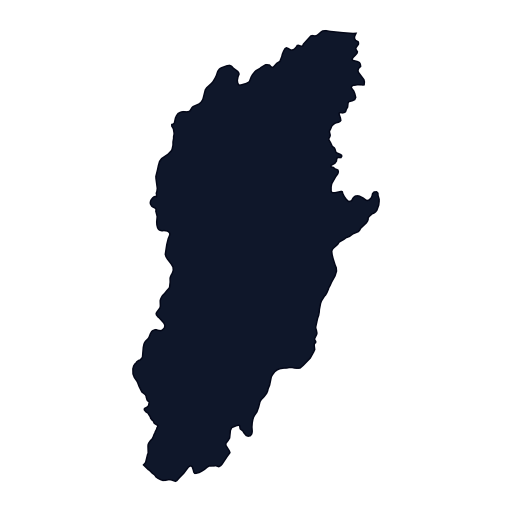 outline of Tomé-Açu, Pará, Brazil
{"feature_id": "56859067B82195789600359", "entity_name": "Tomé-Açu", "entity_type": "district", "adm_level": 2, "iso_a3": "BRA", "parent_name": "Brazil", "parent_adm1": "Pará", "projection": "orthographic", "projection_center": [-48.263, -2.66], "detail": "fine", "context": "isolated", "style": "filled", "palette": "ink", "viewbox_px": 512, "rotation_deg": 0, "n_neighbors": 0, "source": "geoboundaries", "source_scale": "gbopen_adm2", "svg_char_len": 6023}
<svg xmlns="http://www.w3.org/2000/svg" viewBox="0 0 512 512"><path d="M157.2,216.5L156.7,221.9L156.9,224.9L157.6,227.7L158.4,229.1L159.4,230.0L160.8,230.5L162.1,230.8L163.9,230.5L167.3,231.0L168.7,231.9L169.6,233.0L169.9,234.1L169.6,235.4L168.2,238.8L166.8,244.5L165.3,254.3L166.0,256.6L167.5,259.1L171.2,263.9L173.0,267.0L173.3,270.1L172.7,272.2L172.0,273.8L171.1,275.3L170.3,277.3L170.1,278.4L170.2,282.1L169.6,287.1L169.1,288.2L167.0,290.5L164.6,293.5L162.5,295.6L161.5,297.3L160.6,299.2L160.2,300.7L160.4,306.2L159.9,308.0L156.8,312.2L156.2,313.4L156.4,314.8L158.2,317.1L159.2,317.8L163.7,322.8L164.6,324.5L164.9,325.9L164.3,328.1L162.2,330.2L160.5,330.7L157.7,330.3L156.6,329.8L155.2,329.7L152.7,330.7L151.7,331.5L150.4,333.8L149.0,337.4L148.2,338.6L145.5,341.3L144.6,342.7L144.0,344.1L143.3,347.4L142.5,357.0L141.9,358.1L140.0,360.1L138.7,360.4L136.7,361.9L136.1,363.0L135.0,363.9L133.7,365.9L132.9,368.8L133.0,373.9L134.4,377.5L136.9,381.1L137.6,382.4L139.1,386.4L141.5,391.2L142.2,392.3L143.2,392.9L145.4,394.7L146.1,396.1L146.3,397.3L147.1,400.0L147.8,400.9L148.9,401.6L149.3,402.9L148.8,404.0L148.7,405.3L148.0,406.3L146.8,407.3L144.5,408.5L144.3,409.8L145.9,411.8L148.1,413.2L148.7,414.4L150.3,416.8L150.6,418.1L152.1,420.1L153.1,420.7L154.3,423.3L157.8,425.5L157.7,426.7L157.0,427.7L156.6,429.3L155.3,431.7L154.9,433.1L154.1,434.4L153.3,436.7L152.2,438.9L150.5,440.6L148.7,443.2L148.1,444.8L148.0,446.1L148.2,453.2L147.6,454.4L145.7,462.2L145.1,463.2L143.5,464.9L148.4,469.7L149.4,470.2L152.2,473.1L154.4,474.7L155.2,475.6L155.9,476.8L158.0,478.3L160.8,479.7L162.8,480.4L165.4,480.3L168.8,479.6L171.1,479.8L175.5,481.3L176.8,480.6L179.2,477.9L183.7,473.3L188.5,466.9L190.5,465.8L192.1,466.5L193.3,470.0L193.8,472.1L194.7,473.3L196.0,473.3L199.2,472.5L201.8,471.1L204.5,469.4L207.1,467.2L209.1,466.0L214.1,465.9L215.6,465.6L218.8,466.7L220.7,465.6L222.0,464.2L227.1,456.5L229.9,452.7L229.4,451.1L225.8,445.3L225.9,443.3L228.0,440.6L229.6,438.0L230.4,430.4L231.7,427.6L236.3,425.7L238.9,425.1L239.7,426.0L240.2,428.8L242.9,431.0L244.0,432.9L246.2,435.5L248.2,436.2L250.3,435.7L251.6,434.1L252.0,432.9L252.2,431.2L251.9,427.0L252.2,422.8L252.8,419.6L253.5,417.2L254.6,415.2L256.9,411.9L258.6,407.1L260.0,401.6L261.3,399.5L264.1,396.6L266.6,393.3L267.6,391.0L268.1,388.8L269.6,385.1L271.3,376.8L272.4,374.8L274.8,371.6L277.3,369.8L279.9,368.7L283.6,368.1L286.8,368.0L289.1,367.5L292.2,367.5L294.4,368.0L296.6,368.2L298.4,368.2L300.1,368.0L303.2,365.3L310.2,358.1L313.7,351.8L314.7,349.5L314.2,345.5L314.4,343.5L315.6,342.7L315.7,341.4L314.7,339.9L314.6,338.6L316.6,334.5L316.9,333.1L316.4,330.4L315.7,328.1L315.7,326.9L317.6,318.2L318.6,315.4L319.2,312.1L319.4,309.4L320.6,303.2L321.5,300.8L324.5,296.0L325.4,295.2L326.9,292.6L328.4,289.1L328.7,287.9L330.1,285.4L331.6,282.0L335.0,275.9L336.5,271.1L336.2,267.7L335.0,264.8L333.0,258.4L332.1,254.7L331.7,251.3L332.3,249.5L333.3,248.2L337.7,244.3L339.1,242.1L344.4,239.0L345.8,237.8L349.5,236.4L352.8,233.9L358.3,231.6L359.6,230.2L360.6,228.3L366.3,222.9L367.6,220.9L368.1,219.4L368.2,217.7L369.3,216.3L372.5,213.5L373.6,213.3L375.5,211.9L376.8,210.3L378.7,205.1L379.1,201.5L379.1,199.2L378.0,195.4L377.9,193.2L376.6,191.8L374.1,192.0L372.6,193.6L372.0,196.3L371.1,198.1L368.9,200.1L367.5,200.5L366.2,200.3L363.1,198.0L359.3,196.1L357.5,195.8L355.3,196.1L354.0,197.1L353.0,198.2L351.6,200.7L350.1,201.3L348.5,201.5L346.2,199.3L344.2,196.5L342.7,193.5L342.3,191.8L341.3,191.4L335.3,192.7L332.7,192.8L331.6,192.2L331.1,191.0L331.1,186.9L331.6,184.2L332.0,183.1L335.7,176.6L337.5,174.2L338.1,172.9L338.3,171.5L337.9,170.1L336.7,169.5L335.3,169.1L333.3,167.4L332.1,167.2L330.8,166.6L331.0,165.4L334.8,163.3L336.4,161.1L336.8,158.4L337.9,157.5L340.9,157.6L341.7,156.4L341.6,155.3L340.5,154.5L336.6,152.8L335.8,152.0L335.0,149.2L334.3,147.9L332.2,146.3L330.5,142.6L329.0,140.1L328.7,138.8L329.9,136.5L330.2,135.1L329.6,132.7L329.4,131.2L330.6,128.9L331.6,126.3L332.5,125.2L334.7,123.4L336.1,122.8L338.6,122.2L340.1,121.3L340.8,120.4L340.4,118.0L339.0,113.9L339.5,112.8L340.7,112.6L342.6,112.9L344.4,112.4L345.4,111.8L345.9,110.7L346.2,109.5L347.6,107.1L348.0,103.2L348.7,101.7L352.4,100.7L354.7,99.6L355.7,97.4L354.8,93.8L353.7,91.0L351.4,88.0L351.4,86.9L352.3,85.7L353.5,85.2L354.7,85.2L357.3,84.7L361.6,84.8L363.0,85.0L364.1,84.8L364.4,81.9L363.9,79.7L358.6,72.6L357.9,71.0L358.4,68.9L359.1,67.8L360.6,66.5L360.5,65.1L360.0,63.5L359.3,62.5L357.5,61.6L352.8,60.4L352.0,59.2L353.1,57.4L355.2,55.3L357.0,53.2L357.4,51.8L355.7,49.0L356.0,47.6L358.4,44.3L358.5,43.0L358.1,41.7L355.5,40.4L354.4,38.2L354.7,36.1L356.0,33.3L353.1,33.5L342.7,32.7L329.8,31.4L326.0,30.7L324.3,30.8L322.6,31.0L321.2,31.9L318.1,34.6L316.5,35.7L314.8,36.0L312.3,35.6L310.8,36.0L303.3,44.3L302.8,45.9L301.2,46.3L298.4,45.3L297.2,45.5L296.5,46.8L294.5,49.0L293.5,49.6L291.9,50.1L290.7,50.0L288.2,48.5L286.4,47.8L285.0,48.7L283.6,51.2L282.4,54.1L281.8,56.6L279.9,61.4L276.8,63.3L273.2,67.3L272.1,67.3L271.0,66.8L269.5,65.1L266.8,64.7L265.5,64.8L261.0,67.5L260.2,68.3L256.1,70.6L255.0,71.6L252.5,74.7L251.2,77.0L249.5,81.4L248.7,82.2L246.2,83.5L241.3,84.9L239.6,85.2L238.5,84.7L237.6,82.7L237.3,80.3L238.0,76.7L239.0,74.2L238.8,73.1L237.8,71.5L233.2,68.1L232.3,67.0L231.3,66.1L229.6,65.4L226.9,65.8L221.7,67.7L220.3,68.4L219.3,69.2L217.8,71.3L216.4,75.5L215.2,78.0L213.0,81.7L211.4,83.5L206.7,87.8L205.3,89.9L203.1,98.6L202.5,100.1L201.0,102.4L199.0,104.0L193.1,106.6L192.1,107.5L190.1,110.7L189.1,111.5L186.8,111.9L183.3,111.7L181.8,111.9L180.2,112.4L178.1,113.5L176.6,115.6L175.5,117.9L174.3,123.3L173.0,124.2L171.8,124.5L171.8,126.1L173.4,128.8L174.1,133.0L174.1,134.2L173.6,136.7L173.6,138.4L173.0,141.9L173.0,145.2L172.1,149.3L171.5,150.6L168.1,154.2L161.6,158.6L159.6,161.4L158.4,165.6L157.5,169.9L155.9,176.4L156.0,178.6L157.3,188.4L156.9,191.4L156.3,193.2L156.6,194.6L156.5,196.7L155.2,196.5L153.9,196.9L152.7,197.9L151.2,199.8L150.6,201.1L150.3,202.5L150.4,203.8L151.7,206.1L152.6,206.8L155.2,208.1L156.3,209.8L155.8,211.0L157.2,216.5Z" fill="#0f172a" stroke="#020617" stroke-width="1.5"/></svg>